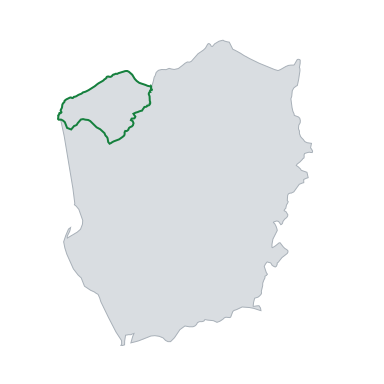 Poland, with Podlachian highlighted, rotated 256°
{"feature_id": "POL-3150", "entity_name": "Podlachian", "entity_type": "Voivodeship", "adm_level": 1, "iso_a3": "POL", "parent_name": "Poland", "parent_adm1": "", "projection": "albers", "projection_center": [22.977, 53.341], "detail": "fine", "context": "in_parent", "style": "outline", "palette": "green", "viewbox_px": 384, "rotation_deg": 256, "n_neighbors": 0, "source": "natural_earth", "source_scale": "10m", "svg_char_len": 6026}
<svg xmlns="http://www.w3.org/2000/svg" viewBox="0 0 384 384"><g transform="rotate(256 192 192)"><path d="M317.1,213.3L318.6,216.4L319.3,218.9L318.6,220.9L318.9,222.9L324.7,231.3L327.0,237.5L328.4,239.9L331.7,243.0L332.0,244.3L330.7,245.5L328.8,245.9L328.3,247.1L330.3,249.9L331.8,254.8L331.8,258.8L330.7,259.9L329.3,262.3L328.4,264.4L320.7,266.1L318.8,268.4L314.6,272.9L311.8,275.5L307.5,280.2L300.7,288.3L290.8,301.8L289.0,304.9L289.4,307.5L291.1,313.5L291.5,316.2L291.2,318.7L290.6,321.0L290.7,322.0L295.0,326.1L295.1,327.0L294.7,328.1L293.8,328.9L290.5,328.0L286.8,326.3L285.6,326.5L283.6,326.1L275.4,322.7L269.9,320.0L269.4,318.3L268.3,315.9L266.0,313.8L260.7,311.9L258.5,310.5L249.8,309.5L246.0,309.4L243.3,309.9L241.6,309.8L239.1,313.4L237.5,314.4L235.1,314.4L233.0,313.7L230.9,311.7L227.5,310.6L225.1,311.0L223.3,310.5L221.7,310.4L221.1,310.7L219.9,310.6L218.0,311.5L216.0,312.7L213.7,313.6L212.0,315.6L210.3,319.7L206.1,317.7L204.6,318.4L202.5,318.9L201.2,318.2L201.6,316.8L202.3,315.3L202.3,313.0L202.1,310.5L200.8,309.7L198.8,309.3L197.8,308.7L197.7,307.9L196.8,306.8L195.1,304.1L193.6,300.7L192.5,299.6L190.8,301.1L188.2,302.8L186.6,303.3L183.3,308.3L177.8,308.2L177.6,305.8L177.1,303.4L174.0,302.7L174.0,301.3L173.5,297.9L167.5,290.8L166.9,288.0L167.2,286.9L166.9,285.1L165.6,284.0L160.7,282.4L159.3,283.0L158.2,282.2L156.5,280.5L153.4,279.0L153.1,278.3L152.1,277.1L151.5,276.9L151.0,277.6L150.0,278.5L146.7,279.5L145.4,278.9L144.3,277.7L143.2,275.3L141.4,273.1L139.8,272.3L139.0,271.2L138.8,270.3L142.5,268.9L143.4,267.2L143.2,264.1L142.7,263.6L141.2,264.6L138.2,265.3L135.4,265.5L134.0,265.4L126.7,259.1L121.8,256.9L118.9,256.2L118.5,256.7L119.6,260.0L121.6,264.2L121.4,265.2L116.8,267.2L114.8,268.4L113.1,270.1L111.6,270.9L110.4,270.5L109.3,269.5L106.6,263.4L102.9,258.6L102.5,257.5L101.3,257.2L99.6,256.0L99.1,254.6L100.2,253.2L101.5,252.0L103.8,251.4L104.5,250.7L105.0,249.6L105.9,248.2L105.8,247.7L104.4,245.9L102.3,244.1L95.8,244.6L94.0,245.3L93.1,244.1L92.6,242.4L91.0,242.0L89.0,240.3L86.5,238.6L84.0,237.9L79.0,235.3L77.0,235.0L75.9,234.1L74.8,232.4L74.0,230.6L73.8,227.1L70.1,225.1L66.4,223.7L66.1,224.1L65.8,227.7L65.4,229.5L62.8,230.4L60.2,230.2L60.5,229.6L64.2,223.7L66.0,219.8L68.3,212.8L67.1,206.8L66.9,204.1L66.2,202.7L61.3,199.3L61.0,198.3L62.3,194.6L62.1,193.0L61.0,191.1L59.8,187.6L59.5,184.7L62.0,181.6L64.0,176.0L65.1,173.7L63.9,172.3L63.8,170.4L64.4,167.8L63.9,165.7L62.3,164.3L61.3,162.4L61.0,160.3L61.8,157.0L63.7,152.7L61.4,147.0L54.9,139.8L52.0,135.0L52.6,132.5L54.4,130.4L57.4,128.7L59.9,125.3L61.6,121.2L62.2,117.3L60.5,104.3L60.4,101.1L60.4,96.2L66.3,99.6L68.8,101.5L68.7,99.7L68.3,98.2L68.9,96.1L69.1,92.9L63.7,90.6L60.0,89.6L59.9,87.3L60.4,85.9L61.3,86.9L64.9,87.7L74.4,84.4L90.5,80.6L107.6,77.0L111.5,76.8L115.4,76.1L117.1,74.3L118.6,73.1L121.2,69.8L126.6,64.9L135.5,63.7L139.0,61.4L146.1,58.3L161.9,55.5L168.4,55.1L174.7,55.4L180.2,58.9L185.9,63.2L186.9,65.6L183.7,64.0L179.2,60.2L177.5,59.9L180.8,70.9L182.8,74.8L187.2,77.9L190.9,79.1L202.6,78.0L206.8,75.9L208.1,74.8L209.1,75.5L224.3,77.3L277.1,81.5L292.3,82.0L293.2,81.7L294.8,79.9L296.7,80.2L298.9,81.3L300.0,82.1L300.4,83.1L300.7,84.2L301.9,84.4L304.2,85.2L307.2,87.1L309.6,89.0L311.9,91.6L312.6,94.6L312.7,98.0L312.6,100.1L316.0,116.8L321.4,131.9L323.5,139.3L324.3,143.2L325.0,148.9L325.2,152.9L325.2,155.1L324.9,158.2L323.3,160.1L313.1,165.4L311.2,167.0L308.1,171.1L305.4,175.3L304.7,176.8L304.5,177.7L305.2,179.1L308.9,181.3L312.6,183.1L313.8,184.4L316.6,186.1L317.6,187.7L318.2,189.0L318.2,192.2L317.0,196.5L317.5,199.7L316.3,201.9L315.2,204.4L315.1,208.6L317.1,213.3Z" fill="#d9dde1" stroke="#a8b0b8" stroke-width="1"/><path d="M295.2,79.7L295.7,79.8L297.4,80.6L297.6,80.6L298.3,80.5L298.5,80.6L298.8,80.9L299.0,81.2L299.1,81.6L299.3,81.9L299.6,82.1L300.5,82.2L300.7,82.5L300.6,82.9L300.4,83.4L300.4,83.9L300.9,84.6L301.5,84.6L302.2,84.3L302.7,84.2L303.2,84.4L304.9,85.9L305.9,86.5L308.1,87.3L308.7,87.8L309.2,88.2L309.4,88.6L309.9,89.5L310.2,89.9L310.5,90.1L311.0,90.2L311.3,90.4L311.7,91.1L312.1,92.0L312.4,93.0L312.6,94.0L313.1,96.2L313.1,97.2L312.7,97.9L312.3,98.2L312.2,98.4L312.1,98.6L312.1,99.1L312.2,99.5L312.4,99.8L312.7,100.1L312.8,100.3L312.9,100.5L312.9,100.8L312.8,101.0L312.8,102.4L313.1,103.5L313.5,104.6L313.8,105.8L314.1,108.2L314.4,109.2L315.0,110.2L315.1,113.0L315.8,116.2L318.2,123.4L319.5,126.1L320.1,127.6L321.3,132.0L321.8,133.3L322.3,133.9L322.6,134.6L322.8,135.3L323.1,136.0L323.6,136.5L324.1,136.9L324.4,137.4L324.4,138.6L324.1,139.2L323.8,139.8L323.5,140.4L323.5,141.3L323.7,142.1L324.6,143.2L324.9,143.9L325.0,144.2L324.9,144.8L324.9,145.1L325.2,146.4L325.2,146.7L325.1,147.0L324.8,147.7L324.7,148.0L324.8,148.5L324.9,148.8L325.0,149.0L325.1,149.4L325.4,155.0L325.5,156.4L325.1,158.4L324.0,159.8L320.3,162.4L315.6,163.8L313.1,165.2L310.6,167.3L307.2,172.7L306.1,174.1L305.6,174.9L304.3,177.6L304.6,177.8L304.3,177.9L303.8,177.9L302.9,177.4L302.4,177.3L302.0,177.4L301.6,177.7L301.2,177.9L300.7,177.6L300.8,177.4L300.9,176.9L301.1,176.6L300.3,175.7L299.7,175.4L299.1,175.7L298.9,174.6L298.2,174.0L297.4,173.7L295.2,174.0L290.8,173.1L289.3,173.2L288.6,173.0L288.3,172.5L287.8,172.7L287.2,172.2L286.7,171.5L286.5,171.0L286.7,169.5L286.6,169.3L286.2,169.2L285.9,168.6L285.8,168.0L285.8,167.6L285.9,167.3L286.0,166.9L286.0,166.4L285.8,166.1L285.2,165.6L284.6,164.8L283.0,163.1L283.1,162.1L283.0,160.4L282.7,158.7L282.6,156.3L282.1,154.1L280.5,154.6L278.9,155.3L278.0,154.7L277.4,153.7L277.8,151.2L276.5,150.1L275.1,151.6L272.9,151.9L271.0,150.8L270.2,149.5L269.9,147.8L269.5,146.6L268.8,145.9L267.8,145.3L267.1,144.0L267.0,142.8L267.4,142.0L266.2,141.0L264.6,140.7L263.2,139.9L262.2,137.9L260.7,134.0L260.1,128.6L259.7,126.8L259.1,125.3L258.8,123.7L260.8,122.8L264.7,123.1L266.5,122.5L267.3,121.9L268.2,121.6L270.3,121.3L275.1,118.1L277.8,115.1L285.5,110.4L287.0,108.7L288.0,106.0L289.1,103.9L289.2,101.7L286.4,97.7L285.0,96.3L284.7,95.0L284.6,93.6L281.9,89.9L284.4,86.3L290.5,85.5L292.3,84.3L293.8,82.7L294.5,80.4L294.5,80.1L295.2,79.7Z" fill="none" stroke="#15803d" stroke-width="2"/></g></svg>